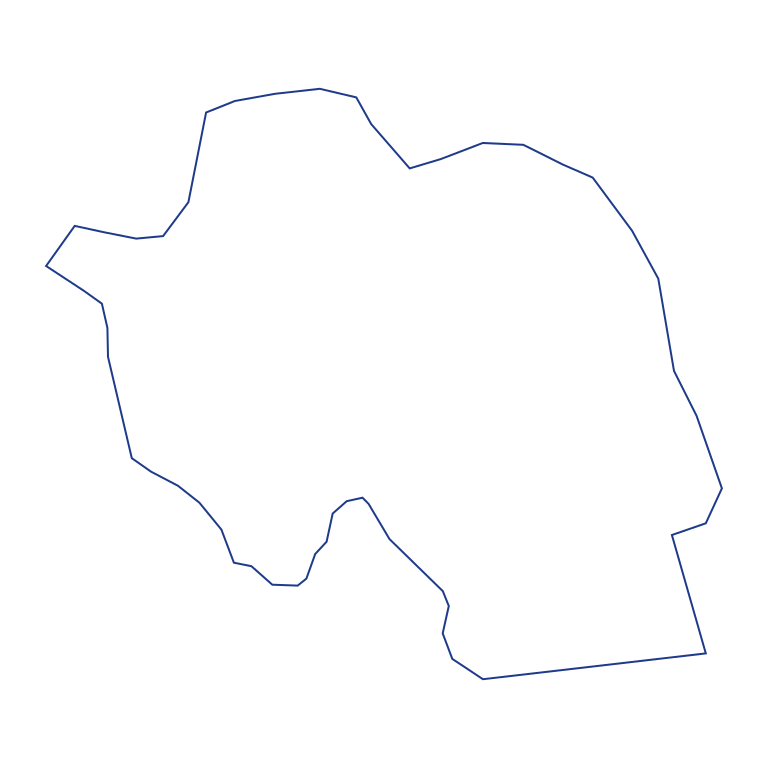 Butembo, Nord-Kivu, Democratic Republic of the Congo
{"feature_id": "63176286B17770065929195", "entity_name": "Butembo", "entity_type": "district", "adm_level": 2, "iso_a3": "COD", "parent_name": "Democratic Republic of the Congo", "parent_adm1": "Nord-Kivu", "projection": "mercator", "projection_center": [29.271, 0.138], "detail": "fine", "context": "isolated", "style": "outline", "palette": "blue", "viewbox_px": 768, "rotation_deg": 0, "n_neighbors": 0, "source": "geoboundaries", "source_scale": "gbopen_adm2", "svg_char_len": 769}
<svg xmlns="http://www.w3.org/2000/svg" viewBox="0 0 768 768"><path d="M705.8,653.4L671.9,535.0L705.8,523.3L721.9,488.4L696.6,415.9L674.0,370.9L658.3,278.7L632.1,230.8L592.7,177.6L562.7,164.5L523.3,144.8L482.7,143.0L440.7,159.1L409.7,168.4L371.2,124.1L356.3,97.4L319.8,88.8L275.0,93.8L234.8,101.0L206.1,112.5L188.4,202.2L163.1,236.1L136.2,238.6L104.3,232.3L74.7,225.9L46.1,266.0L84.0,290.9L101.9,303.7L107.4,327.9L108.0,356.8L131.8,458.2L151.1,471.7L178.0,485.8L199.4,502.7L221.4,529.6L233.9,562.7L251.4,566.2L272.3,584.7L297.7,585.6L306.4,578.6L315.2,554.0L326.6,541.7L332.7,513.5L346.7,501.2L362.5,497.7L368.6,503.9L389.5,539.1L439.8,588.2L442.8,591.1L448.8,606.0L442.7,633.4L452.3,658.9L482.9,679.2L705.8,653.4Z" fill="none" stroke="#1e3a8a" stroke-width="2"/></svg>